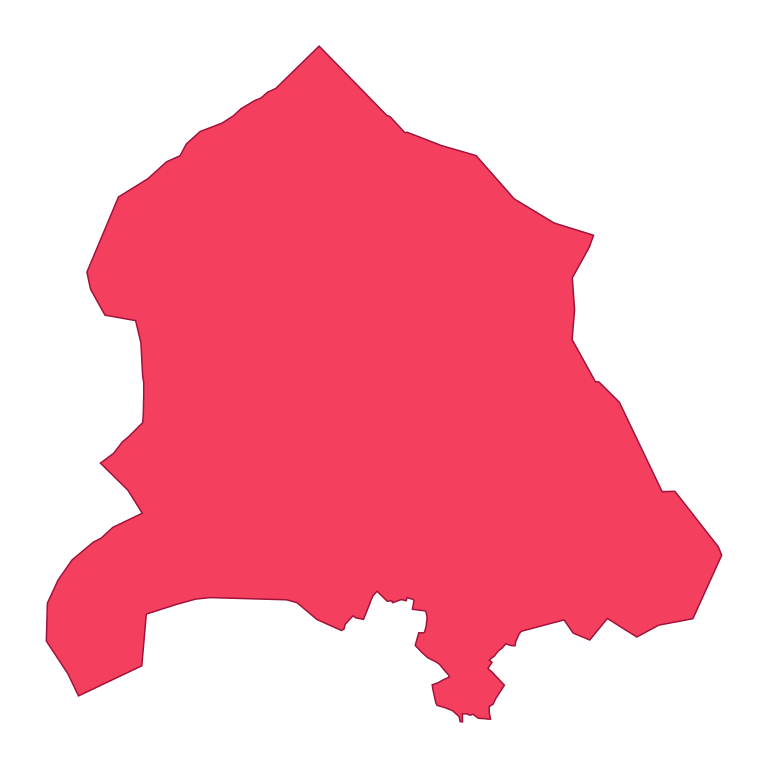 Ife Central, Osun, Nigeria (Mercator projection)
{"feature_id": "59680162B28710912427622", "entity_name": "Ife Central", "entity_type": "district", "adm_level": 2, "iso_a3": "NGA", "parent_name": "Nigeria", "parent_adm1": "Osun", "projection": "mercator", "projection_center": [4.539, 7.542], "detail": "fine", "context": "isolated", "style": "filled", "palette": "rose", "viewbox_px": 768, "rotation_deg": 0, "n_neighbors": 0, "source": "geoboundaries", "source_scale": "gbopen_adm2", "svg_char_len": 1929}
<svg xmlns="http://www.w3.org/2000/svg" viewBox="0 0 768 768"><path d="M78.5,695.9L141.8,665.8L146.3,614.1L175.9,604.6L195.6,599.1L210.4,597.6L286.6,599.8L297.0,602.7L317.1,619.6L334.3,627.3L341.6,630.5L344.0,629.0L345.2,624.3L353.0,615.8L355.7,617.8L363.5,619.4L368.9,605.9L370.8,600.7L373.0,595.7L377.1,591.3L387.2,601.2L391.7,600.8L392.5,602.7L401.3,599.6L406.2,600.7L407.1,597.7L412.8,599.3L414.0,600.6L412.4,609.3L425.4,610.9L426.3,612.9L427.1,617.7L426.1,626.5L424.6,631.9L423.6,632.8L418.8,632.8L415.2,645.4L421.9,652.5L427.9,657.8L436.5,662.2L439.5,664.3L444.3,670.2L448.4,674.8L449.4,677.0L442.4,680.2L437.9,682.8L432.2,684.8L433.1,690.6L435.9,703.1L437.1,705.4L444.5,707.5L452.4,710.6L459.1,716.5L460.1,721.6L462.5,721.9L462.4,713.8L466.3,713.9L470.3,715.2L472.9,714.2L478.4,718.3L485.1,718.7L487.8,719.1L490.6,719.1L489.4,713.6L489.1,706.7L491.5,705.1L493.0,704.3L495.9,698.3L504.4,685.2L492.6,672.6L488.0,668.5L492.0,662.3L489.4,660.3L490.9,658.7L494.3,656.1L498.2,651.1L502.2,648.0L505.8,643.8L510.9,645.5L514.9,645.9L515.8,641.4L519.2,633.8L521.3,631.3L564.0,619.9L573.2,633.1L589.7,640.0L607.4,618.5L636.8,637.0L658.9,625.1L692.9,618.7L721.7,555.2L718.3,546.8L675.1,491.6L674.6,491.3L662.1,491.6L619.4,402.3L598.9,381.9L595.4,381.7L572.1,339.5L574.6,309.9L572.3,277.9L589.1,247.6L593.6,235.3L554.1,223.0L514.2,198.9L476.1,155.6L441.3,145.5L407.2,132.3L404.8,132.6L390.1,116.7L386.8,115.4L319.1,46.1L275.7,88.5L267.4,92.3L261.0,98.0L254.8,100.5L241.0,108.7L233.4,115.8L222.0,123.1L200.3,131.4L186.4,143.9L180.1,155.7L166.7,161.7L147.9,178.7L118.5,196.9L86.9,272.1L89.9,286.4L90.8,289.7L105.0,315.2L135.6,320.6L140.9,342.8L142.6,375.5L143.7,382.7L143.7,396.1L143.3,414.0L142.7,422.6L129.0,436.3L122.3,442.0L113.6,453.3L100.4,463.1L127.8,490.1L142.3,513.2L112.9,527.3L101.2,538.1L93.2,542.2L71.9,560.1L58.0,580.2L47.4,603.1L46.3,641.0L67.8,673.6L78.5,695.9Z" fill="#f43f5e" stroke="#9f1239" stroke-width="1.5"/></svg>